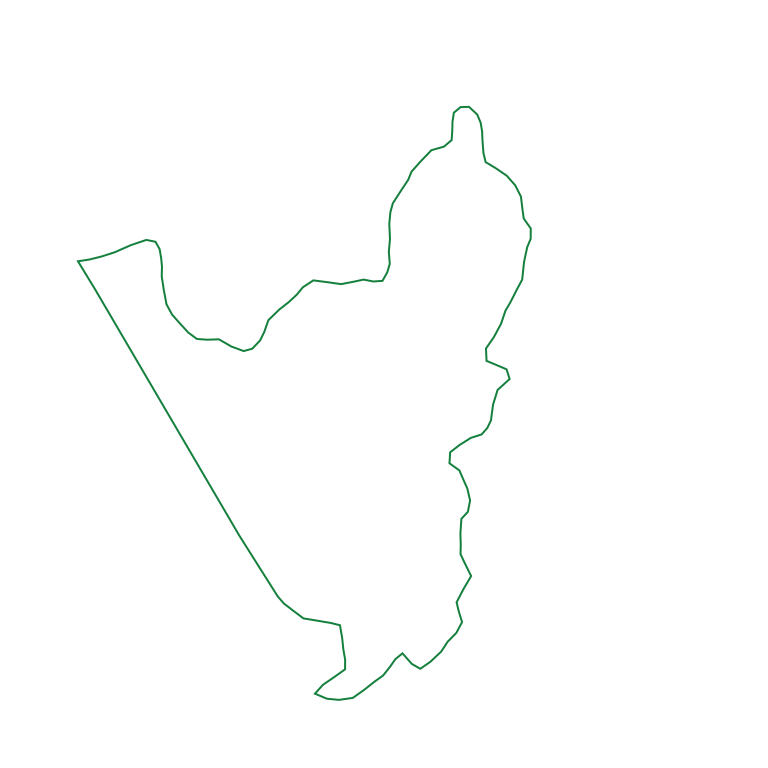 outline of Cipó, Bahia, Brazil, rotated 59°
{"feature_id": "56859067B81796628868211", "entity_name": "Cipó", "entity_type": "district", "adm_level": 2, "iso_a3": "BRA", "parent_name": "Brazil", "parent_adm1": "Bahia", "projection": "albers", "projection_center": [-38.527, -11.094], "detail": "fine", "context": "isolated", "style": "outline", "palette": "green", "viewbox_px": 768, "rotation_deg": 59, "n_neighbors": 0, "source": "geoboundaries", "source_scale": "gbopen_adm2", "svg_char_len": 1809}
<svg xmlns="http://www.w3.org/2000/svg" viewBox="0 0 768 768"><g transform="rotate(59 384 384)"><path d="M293.9,170.1L281.3,169.2L268.7,171.5L256.5,177.1L246.2,182.6L237.2,179.8L225.5,173.9L218.0,169.8L209.9,166.6L201.0,165.3L190.2,168.4L186.1,175.8L187.4,184.4L194.6,190.3L201.9,194.9L209.8,200.4L211.4,210.4L208.0,222.9L212.1,238.1L216.1,250.9L221.5,258.2L226.9,269.6L233.6,283.3L240.1,290.1L249.3,296.9L262.8,304.2L273.1,311.7L284.0,317.2L289.9,323.6L294.8,332.2L290.6,340.4L284.0,347.7L280.5,357.9L276.3,369.3L267.4,380.3L258.8,391.2L259.3,403.7L262.5,412.8L264.8,423.7L266.2,435.2L269.7,450.2L277.7,459.8L282.8,467.7L285.9,478.7L283.5,487.3L273.3,495.5L260.7,502.5L254.8,513.0L249.0,521.2L239.1,525.3L225.6,528.0L215.4,529.9L203.7,529.4L190.2,524.4L177.3,519.1L169.1,513.9L161.6,510.3L153.0,506.9L144.4,506.6L138.1,513.5L134.6,529.4L132.4,546.9L129.2,560.6L125.5,572.6L121.2,583.1L153.9,582.9L439.3,586.1L511.2,584.5L520.5,582.9L530.5,579.0L543.4,573.8L553.1,562.4L561.4,552.7L568.1,546.0L580.0,550.6L590.7,555.6L600.1,559.2L608.5,564.3L609.5,576.5L610.4,591.3L613.9,602.7L624.4,595.0L631.6,585.2L637.0,572.4L636.0,559.2L634.2,544.9L633.4,534.9L629.7,525.0L625.7,515.9L624.4,506.9L638.3,504.3L646.8,499.6L646.0,487.3L642.8,472.7L637.7,462.2L634.6,450.2L628.3,439.7L617.3,437.0L608.5,434.2L600.7,421.5L593.5,408.2L577.6,406.9L569.2,406.0L562.0,401.4L551.5,395.5L539.4,387.1L536.8,378.0L528.2,370.2L516.5,366.4L506.7,365.2L496.9,363.9L485.7,368.7L476.6,362.5L475.2,350.9L474.9,337.4L477.5,326.3L474.9,318.1L470.3,311.1L457.9,301.2L447.6,289.7L444.4,273.7L434.5,271.4L417.0,284.2L406.1,278.3L400.3,265.5L392.7,252.7L383.7,242.1L379.2,233.8L371.5,221.5L365.7,211.8L351.4,201.0L340.5,190.8L335.1,183.5L326.3,178.1L314.1,179.0L305.5,175.3L293.9,170.1Z" fill="none" stroke="#15803d" stroke-width="2"/></g></svg>